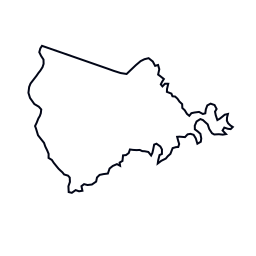 Heitoraí, Goiás, Brazil (Natural Earth projection), rotated 188°
{"feature_id": "56859067B60847628192703", "entity_name": "Heitoraí", "entity_type": "district", "adm_level": 2, "iso_a3": "BRA", "parent_name": "Brazil", "parent_adm1": "Goiás", "projection": "natural_earth1", "projection_center": [-49.823, -15.733], "detail": "fine", "context": "isolated", "style": "outline", "palette": "ink", "viewbox_px": 256, "rotation_deg": 188, "n_neighbors": 0, "source": "geoboundaries", "source_scale": "gbopen_adm2", "svg_char_len": 2194}
<svg xmlns="http://www.w3.org/2000/svg" viewBox="0 0 256 256"><g transform="rotate(188 128 128)"><path d="M117.3,200.0L121.3,198.4L124.8,196.0L129.0,191.3L133.2,186.0L136.9,181.3L142.9,181.4L150.1,182.6L156.3,183.9L184.1,189.4L224.6,197.4L225.9,194.6L226.4,190.7L224.1,187.3L221.2,184.0L220.5,179.8L221.1,176.4L222.8,172.6L224.3,170.1L225.9,166.9L228.2,162.9L230.7,158.5L231.6,154.9L231.5,149.0L229.2,144.1L227.1,141.9L224.1,138.7L219.3,136.7L216.5,134.3L216.4,130.5L217.0,127.6L218.1,125.0L219.2,120.4L220.3,117.0L219.0,114.6L216.1,108.3L213.2,105.5L209.1,101.6L207.3,98.1L204.8,94.4L203.0,91.3L202.5,87.3L199.0,85.8L196.7,83.2L193.5,80.2L191.1,78.0L188.9,76.4L186.8,75.0L184.8,73.1L180.8,72.5L178.8,70.8L178.0,66.5L178.9,62.0L177.8,56.3L174.6,56.0L171.2,59.2L167.7,58.5L164.4,59.5L166.0,63.9L163.7,66.3L160.2,65.9L155.9,67.0L152.1,70.5L151.8,74.7L149.6,77.6L146.0,78.9L141.6,80.1L140.6,85.3L137.8,88.3L133.9,90.7L130.6,89.5L131.5,92.6L128.9,94.6L129.1,100.2L126.2,100.9L123.8,103.3L123.1,107.0L120.2,107.0L116.4,107.3L113.3,107.9L110.7,107.1L108.2,107.3L104.5,107.1L101.3,104.0L100.4,106.7L100.1,109.8L99.8,115.2L97.6,116.4L93.4,114.2L91.4,111.5L90.8,107.0L93.0,105.6L93.6,100.4L93.6,97.0L90.4,100.2L86.3,103.0L84.7,105.6L82.4,108.3L81.0,114.3L77.9,115.7L75.6,116.2L75.1,119.3L76.3,121.8L78.1,126.1L75.7,126.6L70.3,126.9L68.1,130.0L65.4,130.9L62.1,130.4L59.4,127.1L57.1,122.1L54.0,124.5L54.0,127.8L55.5,132.3L58.3,134.2L61.6,136.0L62.2,139.6L61.0,144.0L57.6,146.9L54.9,146.3L52.6,144.7L49.6,142.7L47.4,138.3L44.1,134.5L41.7,133.6L37.1,134.5L33.2,134.6L30.1,135.6L34.0,138.7L32.7,141.8L29.0,141.1L26.2,141.2L24.4,143.6L26.8,144.7L29.5,146.6L31.1,149.0L31.4,152.1L31.0,155.8L34.1,154.6L36.1,152.4L38.4,150.0L40.6,148.3L42.9,152.9L44.1,156.3L42.9,159.2L45.5,162.8L49.6,163.6L52.6,161.4L53.5,157.4L53.5,153.3L55.8,152.3L59.9,153.8L64.3,152.6L67.3,151.5L69.0,148.6L71.6,150.2L74.3,153.5L77.0,155.4L77.7,159.2L80.7,161.3L83.1,163.9L85.7,165.7L88.4,165.6L89.8,168.1L94.5,169.2L94.8,172.0L94.3,177.4L97.5,177.0L99.7,174.0L101.6,175.8L100.7,178.4L99.3,181.5L103.4,183.9L105.6,185.1L105.2,190.6L107.0,194.6L109.8,193.3L112.7,197.3L117.3,200.0Z" fill="none" stroke="#020617" stroke-width="2"/></g></svg>